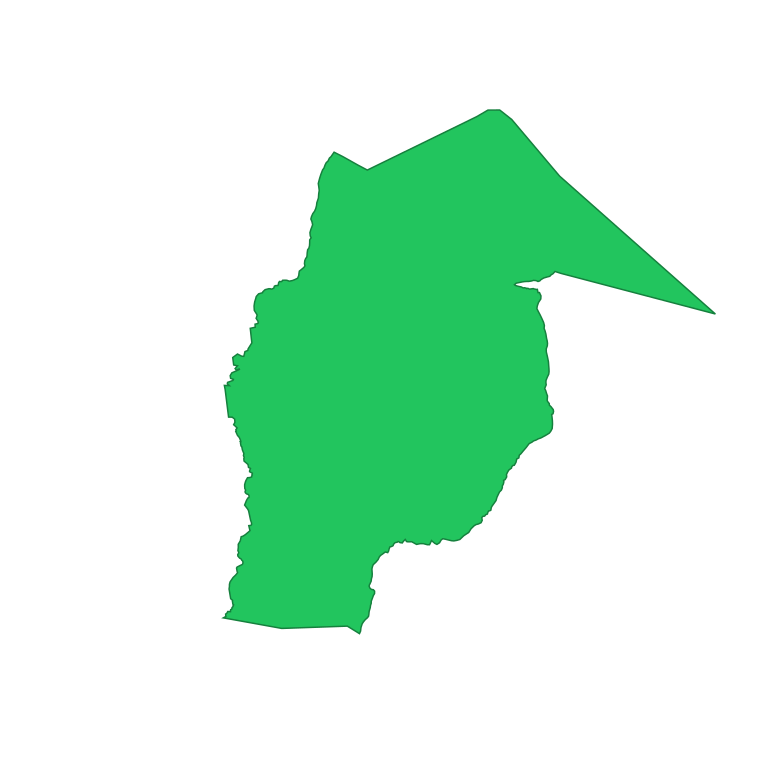 the district of Santa María Ixcatlán, Oaxaca, Mexico, rotated 133°
{"feature_id": "50627088B99322649142684", "entity_name": "Santa María Ixcatlán", "entity_type": "district", "adm_level": 2, "iso_a3": "MEX", "parent_name": "Mexico", "parent_adm1": "Oaxaca", "projection": "mercator", "projection_center": [-97.133, 17.85], "detail": "fine", "context": "isolated", "style": "filled", "palette": "green", "viewbox_px": 768, "rotation_deg": 133, "n_neighbors": 0, "source": "geoboundaries", "source_scale": "gbopen_adm2", "svg_char_len": 5859}
<svg xmlns="http://www.w3.org/2000/svg" viewBox="0 0 768 768"><g transform="rotate(133 384 384)"><path d="M664.6,342.0L632.5,292.1L586.1,245.7L583.3,231.7L580.7,232.6L577.9,234.7L574.3,236.4L572.1,236.8L569.1,237.0L566.3,236.7L564.4,236.9L562.9,237.9L560.4,239.8L558.8,240.6L557.0,241.5L555.2,242.8L553.1,243.8L551.5,245.2L549.0,246.2L546.0,247.5L543.7,248.0L541.9,249.6L541.7,251.5L542.8,253.1L542.9,255.0L542.1,256.9L541.1,257.6L539.9,257.9L536.8,259.0L535.1,260.3L533.1,261.3L531.0,263.0L529.5,264.6L527.5,266.7L525.6,267.8L523.8,268.6L522.2,268.6L521.2,268.5L519.9,268.4L516.4,268.6L513.7,269.5L511.7,269.6L508.9,269.0L506.0,268.5L504.8,266.3L503.0,266.7L501.7,267.5L499.2,268.6L497.6,267.6L496.1,267.1L494.5,267.7L492.9,267.8L491.7,267.2L490.8,266.5L489.7,266.3L489.3,265.8L489.1,264.1L487.7,262.2L486.1,262.5L483.2,262.5L483.5,261.1L483.9,260.2L483.5,259.4L482.4,258.1L481.3,257.0L480.5,256.2L479.9,253.9L479.1,250.8L476.0,248.6L473.9,246.3L472.0,242.7L470.5,241.1L468.1,241.8L466.1,242.5L465.9,238.2L465.2,235.9L462.2,235.1L459.2,235.8L457.1,235.5L455.7,233.3L454.3,230.8L452.6,227.8L451.1,225.9L448.7,224.1L446.0,222.5L440.6,222.2L434.7,220.8L430.5,221.6L426.2,221.4L424.0,220.8L422.0,219.5L419.2,218.4L416.7,219.2L415.0,221.4L413.3,221.4L412.0,220.3L410.2,220.5L408.6,219.7L407.1,220.5L405.6,220.9L404.4,220.1L403.4,219.8L401.3,221.2L400.1,221.6L398.0,221.9L395.6,222.2L392.8,222.6L389.9,224.1L387.4,224.9L384.2,225.9L381.5,225.8L379.2,226.7L377.9,227.9L375.7,228.5L373.8,229.6L372.9,230.8L371.3,230.2L368.3,230.9L366.5,232.8L363.8,233.6L361.9,234.0L360.5,233.8L358.6,233.4L357.3,234.2L355.5,234.1L354.6,233.3L353.6,233.5L351.2,234.1L348.3,235.8L346.1,235.0L343.8,236.5L341.7,236.3L338.5,236.5L333.6,236.7L328.6,237.2L325.6,236.1L323.6,235.8L321.4,234.6L318.7,233.7L317.5,233.0L316.0,232.3L310.5,230.5L307.2,229.6L304.9,229.8L301.9,230.6L298.4,233.4L295.9,235.9L293.3,238.9L291.9,240.6L290.5,240.1L288.4,241.3L287.3,242.8L286.7,246.3L286.7,248.6L285.6,249.8L285.2,252.4L284.7,253.5L282.8,255.0L281.2,256.3L280.4,258.0L279.5,259.6L278.4,261.5L277.8,263.3L276.2,264.0L274.0,264.8L272.7,266.4L271.0,267.9L267.7,269.2L264.5,270.2L262.4,271.7L260.2,273.9L258.2,276.1L255.6,278.9L252.5,283.2L249.9,287.1L247.7,289.3L244.7,290.6L242.8,292.1L241.2,294.0L239.7,296.3L237.1,299.6L235.4,302.3L234.1,304.9L231.9,306.5L230.1,309.3L228.3,313.6L226.9,317.2L225.6,321.0L224.6,323.6L222.4,325.1L219.0,326.6L214.9,327.3L212.5,329.3L211.1,332.7L212.1,333.7L210.2,336.4L210.8,336.9L212.2,339.2L212.4,339.9L215.4,342.3L215.7,343.6L216.5,344.7L216.9,344.7L217.0,345.4L217.7,346.8L218.8,347.7L219.4,349.8L221.2,352.8L222.3,355.1L222.4,356.3L220.1,356.1L216.9,353.8L214.9,352.4L213.2,351.0L211.6,349.5L210.3,348.1L208.1,346.4L206.2,345.3L204.6,343.2L204.0,341.3L202.4,340.4L200.7,340.4L197.6,339.5L194.5,337.7L192.2,336.2L190.1,336.2L188.0,335.6L185.1,335.7L182.4,330.0L106.8,189.4L112.2,397.3L103.4,471.3L103.5,471.7L104.7,486.2L112.8,494.8L125.4,498.6L238.9,542.1L241.6,552.1L245.6,568.5L248.5,578.6L253.9,577.8L256.0,578.0L259.2,577.0L261.4,577.2L263.6,576.6L265.6,575.8L266.9,575.2L269.3,574.9L273.8,573.1L277.4,571.4L282.2,568.8L284.1,566.4L286.6,563.4L289.4,561.5L292.7,558.8L297.3,556.7L299.6,555.0L302.2,553.6L305.0,552.6L307.8,552.3L311.0,551.2L313.2,550.0L314.4,547.4L316.2,544.8L318.3,543.9L320.6,543.0L323.8,541.4L326.0,538.9L326.8,537.0L328.1,536.8L329.3,536.6L331.5,534.6L333.8,532.7L335.9,531.6L337.9,531.4L340.5,529.6L342.4,528.0L343.9,527.0L345.6,526.9L347.9,526.0L350.3,524.2L351.5,522.4L353.3,522.1L354.9,522.3L357.3,522.6L359.2,522.9L361.0,521.7L362.7,520.4L365.5,519.3L368.4,520.4L370.7,521.5L373.4,523.4L374.4,525.8L375.7,527.3L377.3,528.9L378.5,528.7L379.4,529.1L380.3,530.4L381.9,530.1L382.9,529.4L384.2,528.7L386.0,530.4L387.2,530.9L389.0,530.0L391.2,530.8L391.9,532.1L392.8,533.2L396.1,535.3L399.1,535.5L400.1,535.1L401.9,536.2L403.6,537.2L407.1,537.1L409.4,535.9L412.1,534.6L413.9,533.4L415.3,532.4L415.5,532.3L418.6,529.1L419.9,524.2L420.6,523.5L423.2,522.3L424.0,519.0L425.1,517.7L425.9,517.6L428.2,519.1L430.3,516.9L434.5,519.8L436.2,517.8L441.3,511.9L444.0,508.7L450.8,507.4L452.4,506.5L455.1,507.8L459.4,505.4L460.7,507.0L462.0,511.6L467.8,512.7L472.6,506.9L471.1,504.3L470.6,503.6L474.3,503.4L474.5,501.4L471.8,500.2L472.0,499.7L475.7,501.2L479.6,502.9L482.8,502.2L484.5,500.0L483.3,497.3L484.4,496.9L489.5,499.5L490.7,498.7L490.7,496.0L493.9,499.8L494.8,498.6L496.3,496.5L514.2,475.1L511.8,472.4L511.5,469.3L513.7,466.9L516.3,466.2L516.3,461.5L518.6,461.1L519.1,460.0L519.8,460.1L521.5,456.1L521.8,453.4L522.9,450.8L523.4,450.0L524.1,450.0L524.0,449.2L524.9,448.9L526.8,446.4L527.0,445.0L528.8,442.6L530.4,439.1L532.3,437.9L532.9,436.3L534.2,435.6L535.8,433.8L535.6,428.6L537.4,426.2L536.8,424.1L539.0,423.2L539.8,422.5L539.2,420.1L539.0,419.5L539.5,419.0L540.2,418.9L540.5,418.2L541.3,418.1L542.3,417.4L544.1,418.5L545.6,419.9L548.2,419.3L549.7,418.8L552.6,417.3L553.9,416.1L554.5,415.4L555.3,414.6L556.0,412.8L556.9,412.5L557.7,412.0L558.1,411.0L558.1,409.6L557.3,407.7L557.8,406.4L559.1,405.4L560.2,405.8L562.9,405.2L567.6,403.4L568.4,398.6L568.8,397.2L569.4,396.1L574.6,388.7L575.7,386.5L576.9,385.1L578.2,384.9L579.1,385.7L579.8,386.3L581.9,383.2L582.6,382.0L584.9,382.2L588.8,382.7L591.3,383.3L593.1,384.3L596.8,382.1L600.6,381.3L602.9,379.1L605.6,377.1L605.8,376.3L606.5,375.1L608.6,374.6L609.5,373.5L609.8,370.8L609.4,369.2L609.9,367.7L609.8,366.7L610.5,365.6L611.7,364.7L612.9,364.6L614.7,365.4L618.1,366.6L619.2,366.3L620.2,365.0L621.3,363.5L621.8,362.5L622.7,362.3L625.1,362.2L628.4,362.4L633.7,361.6L635.8,360.5L637.6,358.9L639.6,357.5L645.6,349.7L645.5,347.2L646.1,346.9L646.8,346.0L648.1,344.4L648.1,343.3L649.2,343.2L649.8,342.6L651.1,342.7L652.4,341.8L653.6,342.2L654.2,341.9L655.2,341.0L656.9,343.1L658.9,342.6L660.3,342.9L661.4,341.7L661.8,341.1L664.6,342.0Z" fill="#22c55e" stroke="#15803d" stroke-width="1.5"/></g></svg>